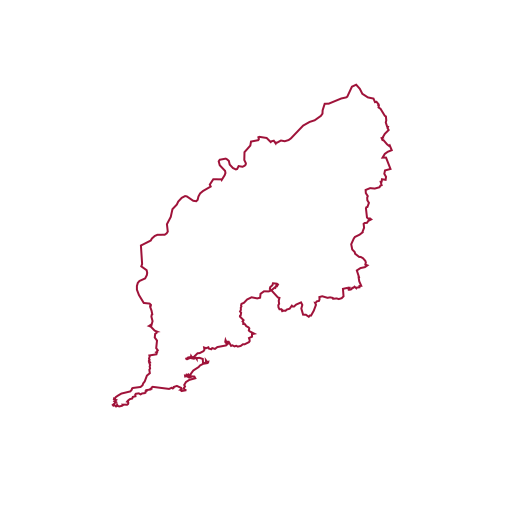 New Ross Lea-6, Wexford, Ireland (orthographic projection), rotated 27°
{"feature_id": "5873133B16930759140678", "entity_name": "New Ross Lea-6", "entity_type": "district", "adm_level": 2, "iso_a3": "IRL", "parent_name": "Ireland", "parent_adm1": "Wexford", "projection": "orthographic", "projection_center": [-6.826, 52.344], "detail": "fine", "context": "isolated", "style": "outline", "palette": "rose", "viewbox_px": 512, "rotation_deg": 27, "n_neighbors": 0, "source": "geoboundaries", "source_scale": "gbopen_adm2", "svg_char_len": 6129}
<svg xmlns="http://www.w3.org/2000/svg" viewBox="0 0 512 512"><g transform="rotate(27 256 256)"><path d="M158.5,317.3L165.0,318.3L166.7,320.4L167.4,322.6L167.4,326.3L163.5,331.2L162.9,333.6L163.5,336.8L165.2,340.1L169.4,343.9L177.3,348.8L182.8,346.7L184.6,347.3L184.9,348.2L183.8,349.3L184.4,349.0L187.8,352.2L190.1,355.1L189.8,355.8L190.3,357.5L193.4,361.0L194.2,364.8L193.8,364.5L193.2,365.6L192.5,365.2L193.2,365.9L192.5,366.9L194.3,366.7L199.6,368.5L202.2,368.3L201.8,368.6L202.3,369.6L201.5,371.2L202.8,374.6L206.2,376.3L208.9,383.4L211.3,384.6L211.0,385.4L211.5,386.2L210.8,387.1L211.6,387.3L211.9,388.8L206.2,393.0L206.8,393.5L207.3,396.1L208.3,396.8L208.1,397.7L209.7,398.8L209.0,399.2L211.2,401.3L211.4,402.7L212.7,404.3L212.6,405.8L214.6,408.6L213.1,412.1L213.8,418.3L213.3,420.8L213.6,422.6L212.6,425.1L206.2,429.5L205.7,430.3L206.0,431.5L205.5,433.7L198.5,439.7L196.3,443.2L195.1,445.4L195.0,447.0L194.2,447.3L194.5,447.9L195.2,447.2L194.9,448.0L196.7,447.8L196.4,448.5L196.8,449.1L196.4,449.5L197.0,449.6L196.6,449.9L197.1,450.0L197.0,451.3L196.0,453.7L196.9,454.1L197.8,453.1L199.6,453.6L200.1,452.4L199.8,451.6L201.0,452.4L202.5,452.1L204.6,450.3L205.3,449.1L204.9,448.9L208.7,447.0L209.2,445.9L208.9,444.8L208.1,443.9L208.1,444.2L207.3,444.3L207.4,443.8L207.9,443.9L207.5,443.2L208.6,440.8L210.4,439.2L210.2,437.5L212.3,435.7L211.3,434.2L211.5,433.3L213.9,431.6L216.0,431.7L216.9,430.2L219.1,428.7L219.6,427.9L219.0,426.5L219.7,426.0L219.2,425.3L222.5,422.9L222.3,422.4L223.2,421.8L222.7,420.6L223.3,419.5L238.9,413.9L240.7,411.7L242.0,411.8L242.5,410.6L242.2,410.0L244.5,407.7L249.1,407.5L250.1,408.3L249.5,409.5L250.5,409.2L250.8,409.6L250.3,409.9L251.0,410.1L254.8,407.2L253.1,407.5L251.6,406.6L252.0,404.5L250.6,403.5L250.8,400.1L252.8,396.7L257.4,392.5L255.8,391.4L254.1,392.1L251.7,394.5L250.3,394.3L249.7,393.5L247.6,395.5L247.1,394.8L248.1,394.6L248.2,393.9L248.7,394.4L249.2,393.7L249.6,393.4L250.1,393.4L249.0,393.1L248.7,393.7L248.1,393.5L247.6,392.5L248.3,393.4L249.3,393.1L250.3,392.9L250.4,394.0L251.0,393.4L250.4,392.4L251.2,392.4L251.5,392.8L250.6,392.5L251.4,394.3L252.4,393.3L251.4,390.8L252.1,386.5L255.3,381.0L255.8,379.0L257.9,376.0L261.3,373.5L261.7,372.7L261.5,372.0L260.9,372.7L258.8,371.7L259.8,373.3L257.7,375.9L255.3,371.9L251.9,372.4L249.4,373.9L249.8,374.6L248.7,374.0L247.3,375.7L243.6,376.7L241.4,379.3L239.5,379.1L241.0,379.1L241.6,377.2L243.9,375.6L243.6,374.6L244.8,375.3L246.4,374.3L248.1,369.2L249.9,368.1L252.4,364.6L252.6,362.9L251.3,361.1L253.4,360.8L255.0,359.0L255.9,359.9L258.5,359.4L258.8,357.9L261.6,357.4L262.9,354.7L269.9,349.3L270.9,346.7L270.1,346.2L269.6,346.9L270.2,346.9L270.3,347.2L269.8,347.3L270.1,348.6L269.5,347.3L267.6,346.5L267.1,344.8L268.4,345.9L270.6,344.8L274.6,347.4L275.5,346.3L277.9,346.3L279.1,345.0L280.9,345.0L283.2,343.1L284.4,340.6L285.9,339.9L288.8,336.0L289.0,334.8L288.5,333.8L287.0,332.3L289.1,329.7L287.9,327.5L289.7,326.0L284.4,326.0L283.4,325.6L282.9,323.5L281.8,323.0L279.1,322.9L277.2,321.8L275.4,322.3L275.1,321.0L273.7,320.4L274.0,318.8L269.2,317.3L268.9,316.5L269.3,315.9L268.5,313.3L267.0,312.7L267.0,310.9L265.9,308.9L265.9,307.5L265.1,306.8L264.8,305.2L266.5,303.2L267.8,298.8L270.8,294.8L276.4,293.2L278.6,291.3L277.2,287.6L279.2,283.8L283.4,281.8L285.3,279.6L294.4,283.0L295.9,282.7L296.6,285.6L298.3,288.1L298.2,289.7L299.4,291.6L301.1,292.8L302.8,291.9L303.8,292.2L304.2,293.1L303.8,293.9L305.5,292.1L307.2,291.4L307.7,289.8L309.9,287.7L310.5,284.0L311.6,284.4L312.8,283.8L313.8,281.1L317.2,276.9L319.5,278.6L320.2,282.2L324.6,286.9L327.1,285.7L330.6,286.2L331.0,284.6L332.1,284.1L332.3,278.5L331.6,272.3L330.0,271.0L330.4,270.9L330.7,268.9L332.5,267.4L332.3,265.8L331.1,263.8L333.3,261.8L338.7,260.8L340.8,259.2L343.4,258.5L344.1,259.1L347.1,257.2L349.3,256.8L351.5,254.7L352.3,252.2L348.4,245.8L351.3,243.4L352.6,243.2L352.6,242.3L353.8,241.8L354.2,243.8L355.0,243.4L356.1,242.3L356.3,240.6L357.2,240.1L357.7,238.6L360.0,239.2L360.0,238.5L362.4,236.9L361.8,235.8L363.3,234.8L359.5,231.7L357.1,228.4L357.4,228.1L352.4,223.1L354.6,219.3L358.1,216.5L359.5,213.8L357.3,214.0L356.8,211.9L355.6,210.7L352.3,209.4L349.7,209.3L348.4,210.0L343.3,209.0L342.2,207.7L338.8,206.5L335.5,202.3L335.2,196.0L335.5,194.1L338.6,190.0L340.3,186.4L339.9,185.9L339.5,181.8L337.3,178.5L337.8,177.3L339.8,176.1L340.1,173.8L342.0,171.1L340.4,170.8L339.2,171.8L337.4,171.3L332.3,163.6L332.2,162.5L333.0,161.8L332.5,157.4L329.9,155.8L328.6,153.6L328.4,151.9L325.3,150.1L323.7,147.4L326.9,143.7L331.2,142.0L334.8,138.7L334.9,136.8L335.8,135.9L333.4,133.3L334.2,132.8L333.4,130.4L336.9,129.3L335.9,126.4L333.0,124.5L332.1,121.2L336.3,117.4L327.2,109.3L324.1,110.9L324.4,106.5L326.1,103.3L328.9,100.1L324.9,96.7L324.6,97.5L322.1,97.0L317.0,94.9L316.1,95.3L314.4,93.9L315.5,92.9L315.1,92.5L315.3,88.7L317.0,83.5L315.1,82.3L315.0,81.0L314.1,81.2L311.0,78.1L310.5,76.0L308.4,72.7L307.1,72.6L300.1,68.3L297.7,68.0L297.2,66.2L296.3,66.0L296.4,65.2L293.3,63.9L292.2,64.9L289.2,62.4L283.7,63.9L277.1,63.2L272.6,59.9L267.5,57.9L264.6,61.6L265.0,72.6L264.4,73.7L260.5,76.9L251.7,87.2L248.1,89.2L249.2,95.9L250.6,99.0L250.2,101.7L246.7,108.4L242.9,112.2L238.8,118.4L233.7,135.4L232.4,137.9L229.5,140.7L225.8,141.8L223.2,145.6L222.4,145.8L222.5,146.8L219.5,145.2L217.6,146.9L217.4,147.8L211.9,146.0L204.9,148.3L204.2,149.1L205.5,150.5L205.4,151.8L199.6,156.3L200.8,160.2L198.6,168.7L202.0,175.8L204.9,178.0L205.3,179.3L204.9,180.7L203.5,182.6L199.7,183.8L199.7,187.0L198.8,188.0L195.5,188.1L191.1,186.5L188.6,183.6L186.1,183.0L184.8,183.0L180.0,186.7L179.8,188.6L182.5,191.6L189.8,194.2L191.1,195.9L191.4,198.3L190.9,203.8L190.4,203.4L183.1,207.0L182.4,213.3L184.1,214.7L179.3,222.1L177.8,225.6L177.7,229.1L178.5,232.4L177.9,234.3L175.0,235.3L167.3,234.3L165.6,234.8L163.4,237.9L162.0,242.8L162.1,246.1L160.3,252.2L162.3,259.9L162.2,268.1L166.3,274.3L166.1,276.4L165.0,278.5L158.5,281.9L156.7,284.1L155.3,287.7L155.2,290.0L148.7,298.9L158.2,314.9L158.5,317.3ZM285.3,279.6L283.3,279.1L282.8,277.3L283.9,274.6L283.5,272.6L287.1,271.2L288.5,271.4L288.4,273.2L287.5,273.1L287.7,275.5L287.1,275.4L285.3,279.6Z" fill="none" stroke="#9f1239" stroke-width="2"/></g></svg>